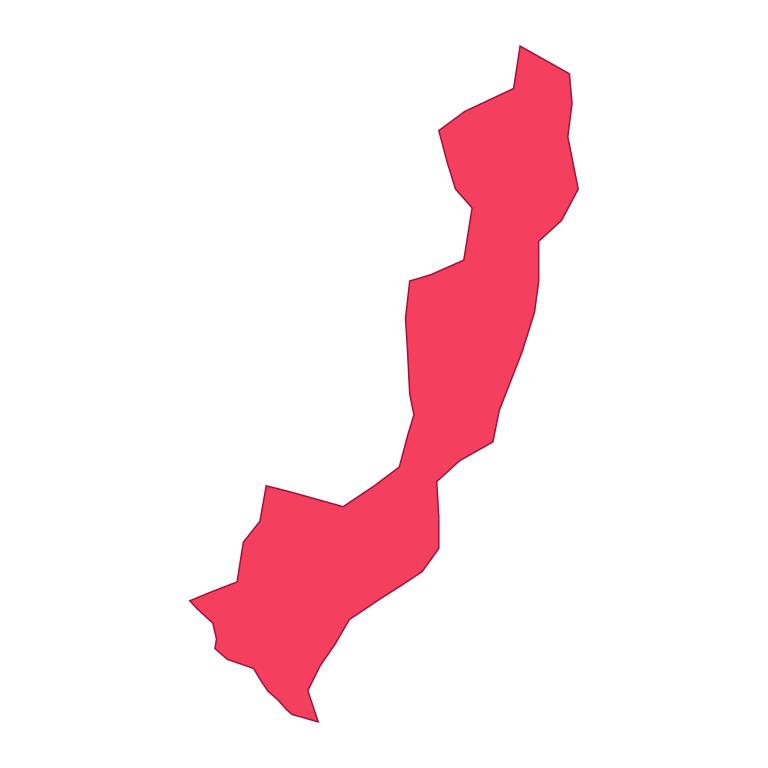 the district of Palaichori Morfou, Nicosia, Cyprus
{"feature_id": "46923920B86427457080287", "entity_name": "Palaichori Morfou", "entity_type": "district", "adm_level": 2, "iso_a3": "CYP", "parent_name": "Cyprus", "parent_adm1": "Nicosia", "projection": "mercator", "projection_center": [33.084, 34.938], "detail": "fine", "context": "isolated", "style": "filled", "palette": "rose", "viewbox_px": 768, "rotation_deg": 0, "n_neighbors": 0, "source": "geoboundaries", "source_scale": "gbopen_adm2", "svg_char_len": 909}
<svg xmlns="http://www.w3.org/2000/svg" viewBox="0 0 768 768"><path d="M464.8,111.4L438.8,130.6L447.1,161.9L455.5,189.1L472.1,207.9L463.8,260.1L430.5,274.8L409.7,281.0L405.5,318.6L407.6,352.1L409.7,393.9L413.9,414.8L407.6,435.7L399.3,467.0L374.3,485.8L343.1,506.7L291.1,492.1L266.2,485.8L259.9,521.3L243.3,542.2L237.1,581.9L210.0,592.4L189.8,600.8L197.8,609.4L212.8,623.1L216.5,639.0L214.9,648.5L227.4,659.4L249.3,666.9L253.6,668.5L260.7,680.3L263.3,684.3L268.3,691.5L278.5,700.4L281.4,703.8L286.7,709.8L290.8,713.4L292.3,714.5L318.2,721.9L307.8,690.6L320.3,665.5L334.8,644.6L349.4,619.5L380.6,598.6L403.5,584.0L422.2,571.5L438.8,548.5L438.8,517.1L436.7,481.6L459.6,460.7L492.9,441.9L499.2,410.6L522.0,352.1L534.5,312.4L538.7,281.0L538.7,241.3L561.6,220.4L578.2,189.1L572.0,157.7L567.8,136.8L572.0,103.4L569.4,73.8L520.1,46.1L513.6,88.5L464.8,111.4Z" fill="#f43f5e" stroke="#9f1239" stroke-width="1.5"/></svg>